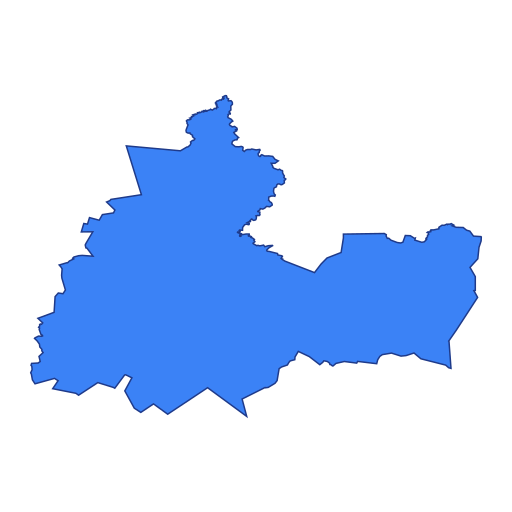 Trapenes pag., Apes, Latvia
{"feature_id": "27541924B83311513911645", "entity_name": "Trapenes pag.", "entity_type": "district", "adm_level": 2, "iso_a3": "LVA", "parent_name": "Latvia", "parent_adm1": "Apes", "projection": "robinson", "projection_center": [26.588, 57.465], "detail": "fine", "context": "isolated", "style": "filled", "palette": "blue", "viewbox_px": 512, "rotation_deg": 0, "n_neighbors": 0, "source": "geoboundaries", "source_scale": "gbopen_adm2", "svg_char_len": 6050}
<svg xmlns="http://www.w3.org/2000/svg" viewBox="0 0 512 512"><path d="M35.0,383.8L54.5,378.4L58.1,380.7L52.7,388.7L75.9,393.3L78.6,395.2L97.8,382.6L113.3,387.4L114.8,388.2L124.6,375.0L125.7,374.8L131.9,377.8L124.8,390.9L134.3,408.2L140.8,412.4L153.5,403.9L167.7,414.2L207.6,387.7L246.7,416.4L242.1,399.0L265.1,387.5L265.4,387.8L268.2,387.4L275.0,383.3L277.1,380.6L279.1,368.7L281.5,367.0L287.4,365.0L288.8,362.5L290.2,360.9L294.8,359.7L295.0,357.0L298.3,351.4L309.3,356.6L319.8,364.7L322.7,362.4L323.9,360.8L327.4,361.5L329.6,363.2L329.9,364.5L330.9,364.7L332.4,365.9L333.1,365.9L336.0,363.4L344.3,361.5L356.7,363.1L357.6,361.4L376.7,363.7L377.7,359.8L379.8,356.4L382.4,354.6L391.5,353.1L401.0,356.1L406.0,355.6L414.0,353.0L420.9,358.8L445.7,365.1L448.6,367.7L451.0,368.4L449.0,341.4L448.7,341.1L456.2,330.3L477.6,297.4L473.9,290.6L475.3,290.4L475.3,276.6L470.0,267.4L477.8,258.8L479.0,247.3L481.1,241.0L481.3,237.0L481.0,236.6L473.5,236.1L469.8,231.1L466.6,230.2L463.2,227.5L456.1,227.3L452.2,225.8L453.8,225.1L451.2,223.6L450.2,224.1L448.0,224.2L447.5,224.6L446.9,224.1L444.2,225.3L442.0,225.2L438.9,227.3L438.9,228.8L433.6,229.9L430.9,229.9L430.4,230.7L430.9,231.0L430.7,231.7L430.2,231.6L429.0,232.3L428.7,231.9L427.7,232.0L427.2,232.5L428.3,232.8L428.6,234.5L427.5,235.3L427.5,236.8L426.0,238.3L425.9,238.9L426.7,239.1L426.6,239.4L424.3,241.8L421.8,242.3L414.8,240.1L415.3,238.1L414.6,238.4L410.3,235.7L405.3,235.5L402.9,242.2L400.6,243.0L397.2,242.5L391.0,240.2L388.7,238.2L387.3,238.4L386.1,236.0L386.3,234.7L384.3,233.5L343.4,234.1L343.4,238.0L341.1,252.5L327.0,258.0L321.1,264.0L314.5,272.6L284.9,261.1L282.2,259.4L282.5,259.0L282.2,258.9L281.1,258.5L281.8,257.1L282.4,256.7L282.4,256.2L281.6,255.7L277.9,255.0L277.5,253.5L269.1,251.4L267.6,251.3L266.7,250.7L266.9,249.8L269.1,247.7L272.6,245.7L272.4,245.4L268.3,245.7L264.8,246.7L263.6,245.1L260.7,245.7L259.3,245.8L258.0,245.3L256.8,245.7L253.4,243.8L253.0,243.2L254.9,241.7L253.8,240.1L254.4,239.4L252.4,237.9L251.0,237.5L250.8,237.3L251.3,236.6L249.7,235.9L249.1,236.3L248.5,236.1L248.3,235.8L249.3,234.7L249.2,234.0L246.2,234.0L241.2,234.8L240.8,235.3L241.0,236.1L240.3,236.4L239.7,236.2L239.6,235.5L239.8,234.8L241.1,233.6L238.2,232.9L237.5,232.4L237.6,232.0L239.9,231.9L240.2,231.2L239.2,230.4L239.6,230.0L242.5,230.3L242.6,227.5L244.6,224.7L246.6,224.2L248.4,224.7L249.1,224.5L249.3,223.5L249.1,223.1L247.3,222.6L249.1,221.6L250.4,221.6L250.5,221.3L250.0,220.6L250.9,219.9L251.3,219.1L251.8,219.0L253.1,220.2L253.8,220.4L255.6,219.9L256.2,218.9L256.5,216.7L256.0,215.9L257.7,215.4L259.1,215.6L260.0,214.8L259.7,213.7L259.9,212.2L257.8,211.6L257.8,211.3L260.0,209.8L260.3,208.6L262.8,209.1L264.8,208.1L266.6,206.4L269.7,206.8L272.2,205.1L272.2,204.2L271.4,202.6L269.8,201.7L269.3,200.8L268.5,200.2L268.7,199.8L268.7,197.1L271.2,196.1L273.7,196.0L274.8,196.3L275.3,195.0L274.1,193.8L273.5,191.3L273.9,188.4L274.4,187.8L276.4,186.8L276.8,184.9L277.8,184.0L279.3,183.9L280.9,184.7L281.5,184.7L282.4,184.4L284.4,182.9L284.2,180.4L285.3,179.8L285.8,179.0L283.9,177.6L284.3,175.8L283.6,174.9L282.6,172.9L282.6,171.0L282.3,170.6L281.0,170.3L279.6,169.2L278.0,169.8L274.0,168.3L272.9,167.4L272.9,166.6L271.2,163.3L275.0,163.3L278.3,160.9L275.0,159.3L272.7,156.4L268.8,155.9L264.6,156.0L261.8,154.7L260.8,155.3L260.5,156.4L259.6,156.5L258.5,155.6L258.1,154.2L258.2,153.3L259.2,152.6L259.4,151.0L260.1,150.1L259.7,149.4L256.1,149.9L251.7,149.0L250.6,149.5L247.5,149.5L245.7,150.1L244.3,151.5L242.7,150.3L243.1,147.6L242.7,146.9L241.2,146.4L238.9,146.8L235.2,146.6L231.9,143.9L232.2,141.9L233.0,140.9L235.1,139.9L237.0,139.8L237.2,139.5L237.4,138.2L238.6,137.6L234.6,133.8L233.8,132.4L236.6,130.9L236.5,130.3L234.8,129.7L237.2,129.6L237.0,128.2L234.6,126.4L232.1,126.9L231.8,126.4L230.0,125.5L229.5,124.7L229.4,124.2L229.7,123.7L231.3,122.1L232.8,121.1L231.3,119.3L228.0,117.6L227.7,116.7L228.3,115.7L228.0,114.7L228.1,114.4L229.5,113.9L230.1,114.1L230.3,113.6L230.3,113.2L229.2,112.4L229.1,111.8L230.9,110.0L230.8,106.3L231.1,105.6L232.4,104.3L232.4,102.8L232.1,101.9L231.0,100.7L228.4,100.9L228.1,100.1L228.6,98.9L226.8,97.8L226.8,96.6L226.4,95.7L225.2,95.6L222.6,97.0L222.9,98.2L224.0,98.2L223.5,99.1L222.1,99.0L221.4,99.5L221.4,100.1L219.4,100.0L218.5,100.8L217.1,101.0L216.6,101.4L216.6,101.8L215.8,102.3L215.4,102.9L216.6,103.8L216.7,104.1L216.1,104.3L216.8,105.0L216.5,105.3L217.0,105.6L217.0,106.2L217.6,107.0L216.6,107.0L216.7,108.1L216.4,108.7L215.3,108.3L214.2,108.5L214.0,109.0L212.3,110.1L210.5,109.2L210.0,109.8L207.7,110.5L206.8,111.3L206.1,111.2L206.5,110.8L205.9,110.4L205.8,111.0L205.1,111.3L205.1,110.9L204.0,110.5L203.3,110.9L203.8,111.5L203.4,111.9L201.9,111.4L201.7,111.9L200.3,112.6L199.7,112.6L199.6,112.2L199.2,112.2L199.0,112.8L197.5,112.7L197.6,113.4L196.6,114.2L195.6,114.0L195.1,114.1L194.9,114.7L194.3,114.4L193.0,114.8L193.7,115.3L193.6,116.0L192.9,115.9L192.5,116.4L191.5,116.5L191.7,117.5L189.9,118.1L190.8,118.7L190.8,119.3L189.4,119.8L187.4,119.9L186.4,120.9L187.1,122.5L187.0,123.4L188.0,124.9L186.2,129.6L186.0,130.7L186.4,132.3L188.1,133.1L190.0,133.0L190.2,133.8L192.5,135.3L192.5,136.7L194.9,138.9L193.6,140.4L192.5,140.4L190.5,142.0L191.0,143.1L190.1,145.1L187.8,147.0L186.9,147.0L180.4,150.8L126.3,145.9L141.4,194.7L110.9,199.4L109.9,200.6L106.6,202.0L114.9,210.0L113.5,212.9L102.4,214.6L99.2,220.2L89.5,217.6L87.5,224.1L83.8,223.5L81.3,231.9L92.8,231.8L86.3,242.8L85.3,244.7L85.3,245.4L85.9,247.9L87.0,248.2L93.0,256.2L82.2,255.4L78.6,255.7L73.9,257.0L72.7,258.2L73.7,258.9L69.4,261.0L67.6,262.8L66.6,262.8L59.2,265.0L61.1,267.2L62.1,268.9L61.6,275.3L61.9,278.2L65.4,290.0L63.0,293.7L58.3,293.0L55.1,296.6L54.1,312.3L37.9,318.3L42.7,322.9L41.5,324.3L40.3,324.0L39.6,324.8L39.8,325.8L38.6,327.3L39.6,328.1L39.2,329.5L40.9,334.3L42.4,335.3L42.6,335.9L41.8,336.3L38.5,336.1L34.9,337.9L34.5,338.5L36.8,340.5L39.0,343.5L39.4,344.0L39.8,347.0L41.9,349.4L41.8,350.8L43.1,352.6L39.0,356.4L40.2,361.5L38.2,363.0L31.6,363.4L31.0,365.3L31.8,366.2L32.1,369.7L30.7,372.8L31.4,374.2L32.4,379.8L35.0,383.8Z" fill="#3b82f6" stroke="#1e3a8a" stroke-width="1.5"/></svg>